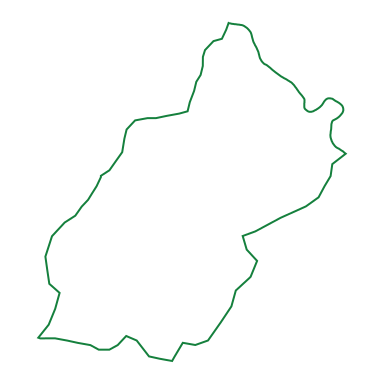 Kyonghung, Hamgyŏng-bukto, North Korea
{"feature_id": "82179303B15741079373395", "entity_name": "Kyonghung", "entity_type": "district", "adm_level": 2, "iso_a3": "PRK", "parent_name": "North Korea", "parent_adm1": "Hamgyŏng-bukto", "projection": "equal_earth", "projection_center": [130.331, 42.503], "detail": "fine", "context": "isolated", "style": "outline", "palette": "green", "viewbox_px": 384, "rotation_deg": 0, "n_neighbors": 0, "source": "geoboundaries", "source_scale": "gbopen_adm2", "svg_char_len": 5103}
<svg xmlns="http://www.w3.org/2000/svg" viewBox="0 0 384 384"><path d="M174.4,356.9L182.8,342.8L195.3,345.0L208.0,340.5L220.8,322.3L231.4,306.4L235.8,290.5L249.2,278.2L250.6,276.8L257.1,260.9L246.7,249.6L242.7,236.0L255.3,231.4L280.6,217.8L305.9,206.4L318.6,197.3L324.6,186.1L330.6,176.1L332.3,164.1L345.7,153.7L345.3,153.4L344.8,153.0L344.4,152.7L343.9,152.2L343.3,151.7L342.8,151.2L342.2,150.9L341.8,150.7L341.2,150.3L340.6,149.9L340.1,149.5L339.4,149.1L338.8,148.6L338.0,148.3L337.4,148.0L336.6,147.5L335.9,147.0L335.3,146.4L334.7,145.8L334.3,145.2L333.8,144.6L333.4,144.0L332.9,143.4L332.6,142.8L332.3,142.1L332.0,141.5L331.6,140.8L331.4,139.9L331.1,139.2L330.9,138.5L330.8,138.1L330.6,137.5L330.5,136.9L330.5,136.3L330.4,135.8L330.4,135.3L330.4,134.6L330.5,134.1L330.6,133.6L330.6,133.0L330.7,132.3L330.7,131.8L330.8,131.2L330.9,130.5L331.1,129.6L331.2,128.8L331.2,128.0L331.3,127.0L331.3,126.3L331.3,125.8L331.4,125.2L331.4,124.6L331.4,124.1L331.6,123.6L331.7,123.1L331.9,122.5L332.0,122.0L332.3,121.4L332.5,121.0L332.8,120.6L333.2,120.4L333.7,120.1L334.3,119.8L335.1,119.4L336.0,118.9L336.4,118.7L336.9,118.4L337.4,118.0L337.8,117.7L338.3,117.4L338.7,117.0L339.1,116.7L339.6,116.2L340.0,115.8L340.4,115.3L340.9,114.8L341.3,114.2L341.6,113.9L341.9,113.6L342.2,113.1L342.5,112.7L342.7,112.3L342.9,111.7L343.0,111.3L343.2,110.9L343.3,110.5L343.3,110.0L343.3,109.6L343.3,109.1L343.2,108.6L343.2,108.2L343.0,107.6L342.8,107.0L342.5,106.3L342.2,105.8L341.8,105.3L341.4,104.9L341.0,104.5L340.4,104.0L339.8,103.5L339.4,103.2L339.0,102.9L338.5,102.6L338.0,102.3L337.4,101.9L336.8,101.6L336.3,101.4L335.9,101.1L335.4,100.9L334.9,100.5L334.3,100.1L333.9,99.8L333.5,99.6L333.1,99.2L332.6,98.9L332.1,98.7L331.5,98.6L330.9,98.5L330.5,98.4L329.9,98.3L329.4,98.3L328.7,98.3L328.1,98.4L327.7,98.5L327.2,98.7L326.7,99.0L326.2,99.3L325.7,99.7L325.4,100.1L324.9,100.6L324.4,101.2L324.1,101.6L323.8,102.1L323.6,102.5L323.2,103.1L322.8,103.7L322.6,104.1L322.3,104.5L321.9,105.1L321.4,105.6L320.9,106.1L320.5,106.5L320.0,107.0L319.4,107.5L318.8,107.9L318.3,108.3L317.7,108.7L317.3,109.0L316.7,109.3L315.9,109.9L315.1,110.2L314.2,110.7L313.9,110.9L313.3,111.2L312.9,111.4L312.3,111.5L311.7,111.7L311.2,111.8L310.6,111.8L310.0,111.8L309.5,111.8L309.0,111.7L308.7,111.6L308.2,111.4L307.8,111.2L307.4,111.0L307.0,110.6L306.6,110.3L306.2,110.0L305.8,109.7L305.5,109.4L305.1,109.0L304.8,108.7L304.6,108.3L304.5,107.9L304.4,107.6L304.3,107.1L304.3,106.3L304.3,105.7L304.3,105.2L304.3,104.6L304.3,104.0L304.3,103.2L304.5,102.6L304.4,102.0L304.5,101.3L304.5,100.8L304.5,100.1L304.4,99.2L304.2,98.9L304.0,98.4L303.7,98.1L303.4,97.6L302.9,96.9L302.5,96.4L302.1,95.8L301.5,95.1L301.1,94.6L300.7,94.2L300.1,93.5L299.6,92.9L299.3,92.5L298.8,91.9L298.4,91.3L298.0,90.6L297.5,90.0L297.0,89.3L296.6,88.6L296.0,87.8L295.4,87.1L295.1,86.7L294.5,85.8L293.9,85.0L293.5,84.6L293.1,84.2L292.6,83.7L292.1,83.1L291.6,82.7L291.0,82.2L290.0,81.7L289.4,81.2L288.6,80.8L287.8,80.3L287.1,79.8L286.4,79.4L285.6,78.9L284.9,78.6L283.9,78.1L283.2,77.6L282.4,77.2L281.8,76.8L281.2,76.5L280.5,76.0L279.7,75.4L278.9,74.8L278.3,74.4L277.7,73.9L277.0,73.4L276.5,73.1L276.2,72.8L275.6,72.4L275.1,72.0L274.6,71.6L274.0,71.1L273.6,70.8L273.2,70.5L272.6,70.0L272.1,69.6L271.6,69.1L271.1,68.7L270.8,68.4L270.3,67.9L269.8,67.5L269.2,67.1L268.8,66.7L268.4,66.4L268.0,66.1L267.6,65.8L267.1,65.4L266.6,65.0L266.1,64.8L265.6,64.5L265.0,64.3L264.5,64.1L264.1,63.8L263.6,63.3L263.1,62.8L262.6,62.3L262.3,62.0L262.0,61.5L261.6,61.1L261.3,60.5L261.0,60.0L260.7,59.5L260.5,59.1L260.1,58.4L259.9,58.0L259.8,57.5L259.6,57.0L259.5,56.4L259.3,55.8L259.2,55.2L259.0,54.4L258.8,53.9L258.8,53.6L258.6,53.0L258.5,52.4L258.3,51.8L258.1,51.3L257.8,50.7L257.6,50.2L257.3,49.6L257.0,48.9L256.8,48.3L256.4,47.6L256.2,47.1L255.8,46.4L255.5,45.9L255.1,45.3L254.8,44.6L254.5,43.9L254.1,43.2L253.8,42.6L253.5,42.0L253.3,41.4L253.0,40.5L252.8,39.7L252.7,39.2L252.5,38.7L252.4,38.2L252.2,37.6L252.1,37.1L251.9,36.5L251.8,35.8L251.7,35.3L251.5,34.8L251.4,34.2L251.1,33.5L250.9,32.8L250.6,32.3L250.3,31.7L249.9,31.3L249.5,30.7L249.2,30.3L248.8,29.9L248.4,29.4L248.0,29.0L247.6,28.6L247.1,28.1L246.7,27.8L246.2,27.4L245.5,27.0L245.0,26.6L244.5,26.2L244.1,26.0L243.7,25.8L243.1,25.5L242.6,25.3L241.9,25.1L241.2,25.0L240.5,24.9L239.8,24.8L239.0,24.6L238.2,24.6L237.4,24.5L236.8,24.4L236.2,24.3L235.5,24.2L234.8,24.2L234.1,24.1L233.6,24.0L233.0,23.9L232.4,23.9L231.8,23.8L231.4,23.7L231.1,23.6L230.7,23.5L230.2,23.4L229.8,23.3L229.3,23.3L228.8,23.1L228.6,23.0L226.2,29.7L221.9,38.8L213.5,41.1L205.0,50.1L202.9,56.9L202.8,66.0L200.6,75.0L196.3,81.8L194.1,90.9L189.8,102.2L187.6,111.3L179.2,113.6L166.6,115.9L156.1,118.1L147.7,118.1L135.1,120.4L126.6,129.5L124.4,138.6L122.2,152.2L115.8,161.2L109.4,170.3L100.9,175.8L100.9,177.1L96.6,186.2L92.3,193.0L88.1,199.8L81.7,206.6L75.3,215.7L64.7,222.5L52.0,236.2L45.4,256.6L47.3,270.2L49.3,283.8L59.6,292.9L55.2,308.8L48.7,324.7L38.3,337.7L40.2,338.4L54.9,338.3L67.4,340.6L77.9,342.9L90.4,345.1L98.8,349.7L109.3,349.7L117.7,345.1L126.2,336.0L136.7,340.5L149.0,356.4L159.5,358.7L172.1,361.0L174.4,356.9Z" fill="none" stroke="#15803d" stroke-width="2"/></svg>